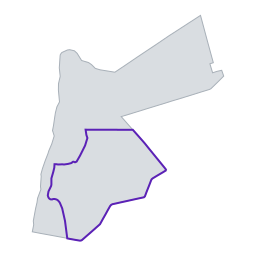 Jordan, with Ma`an highlighted
{"feature_id": "JOR-853", "entity_name": "Ma`an", "entity_type": "Province", "adm_level": 1, "iso_a3": "JOR", "parent_name": "Jordan", "parent_adm1": "", "projection": "natural_earth1", "projection_center": [36.363, 30.219], "detail": "fine", "context": "in_parent", "style": "outline", "palette": "violet", "viewbox_px": 256, "rotation_deg": 0, "n_neighbors": 0, "source": "natural_earth", "source_scale": "10m", "svg_char_len": 2312}
<svg xmlns="http://www.w3.org/2000/svg" viewBox="0 0 256 256"><path d="M69.7,49.7L74.4,50.8L77.1,53.3L81.6,60.5L88.6,62.6L91.5,64.6L95.3,68.4L100.0,69.8L114.9,72.2L126.8,64.2L136.8,57.4L148.2,49.8L156.0,44.6L169.1,35.7L177.8,30.1L189.2,22.7L200.5,15.4L203.7,27.3L206.8,38.9L210.1,51.0L213.3,62.7L209.9,63.8L212.6,72.8L216.9,71.4L221.7,70.3L223.7,76.1L217.3,82.5L210.8,88.8L209.3,89.5L200.8,92.1L183.5,97.5L171.9,101.0L157.1,105.6L144.7,109.4L132.5,113.2L121.2,116.6L127.7,124.0L137.6,135.2L144.2,142.7L152.0,152.3L159.0,160.9L166.4,170.1L161.2,173.1L152.7,178.2L151.8,179.2L151.1,180.1L147.6,189.2L144.9,196.4L143.9,197.3L132.0,199.9L119.9,202.5L112.3,204.2L110.0,206.1L105.1,215.0L100.0,224.2L91.4,231.7L81.9,240.1L79.5,240.6L72.6,239.3L60.9,237.1L49.5,235.0L41.7,233.6L32.3,231.8L33.7,224.8L33.3,221.0L35.6,208.5L37.0,202.5L37.6,198.2L40.9,189.4L40.5,186.5L41.2,176.3L40.9,174.3L42.4,168.8L45.2,160.7L47.9,153.8L48.9,150.6L51.7,144.1L54.2,136.0L52.9,131.6L52.5,130.7L53.5,125.6L54.7,117.3L55.4,112.8L56.9,106.9L59.5,101.9L58.4,90.1L58.5,83.7L60.2,76.4L59.3,67.9L60.1,55.9L60.3,54.7L61.2,53.3L61.9,52.5L67.4,50.0L69.7,49.7Z" fill="#d9dde1" stroke="#a8b0b8" stroke-width="1"/><path d="M132.8,129.8L138.5,136.2L144.2,142.7L144.4,142.9L144.5,143.1L144.8,143.4L149.6,149.4L154.5,155.4L159.4,161.4L164.3,167.4L166.4,170.1L166.5,170.1L166.4,170.1L166.1,170.3L162.9,172.3L157.6,175.4L152.8,178.3L151.7,179.2L151.2,180.1L149.9,183.5L148.3,187.6L146.8,191.3L144.9,196.4L143.9,197.3L138.7,198.4L132.8,199.7L126.5,201.1L120.1,202.5L116.2,203.4L112.4,204.2L111.1,204.9L110.1,206.1L107.6,210.5L105.6,214.2L102.8,219.1L100.0,224.2L96.6,227.2L91.4,231.8L86.7,235.9L81.9,240.1L80.8,240.6L79.6,240.6L74.9,239.8L69.8,238.9L67.3,238.4L67.2,237.9L65.0,220.9L62.2,208.4L59.9,202.9L59.2,201.8L58.4,200.9L57.6,200.1L56.7,199.6L55.9,199.3L54.6,199.0L53.4,199.0L52.8,199.1L52.3,199.4L51.6,199.4L50.9,199.4L50.2,199.2L49.6,198.8L49.0,198.3L48.6,197.7L48.3,197.1L48.1,196.5L47.8,195.5L48.0,194.1L48.5,191.4L51.1,186.0L51.4,184.5L51.4,178.4L53.3,171.8L54.3,167.6L54.5,164.2L56.3,164.2L58.1,164.5L62.5,164.3L64.0,164.5L68.1,163.9L71.2,163.1L71.9,162.7L72.3,162.2L72.9,161.8L73.3,161.7L73.8,161.8L75.0,162.3L76.6,161.6L80.0,155.7L85.1,145.5L87.4,138.0L86.4,135.0L85.6,129.7L132.8,129.8Z" fill="none" stroke="#5b21b6" stroke-width="2"/></svg>